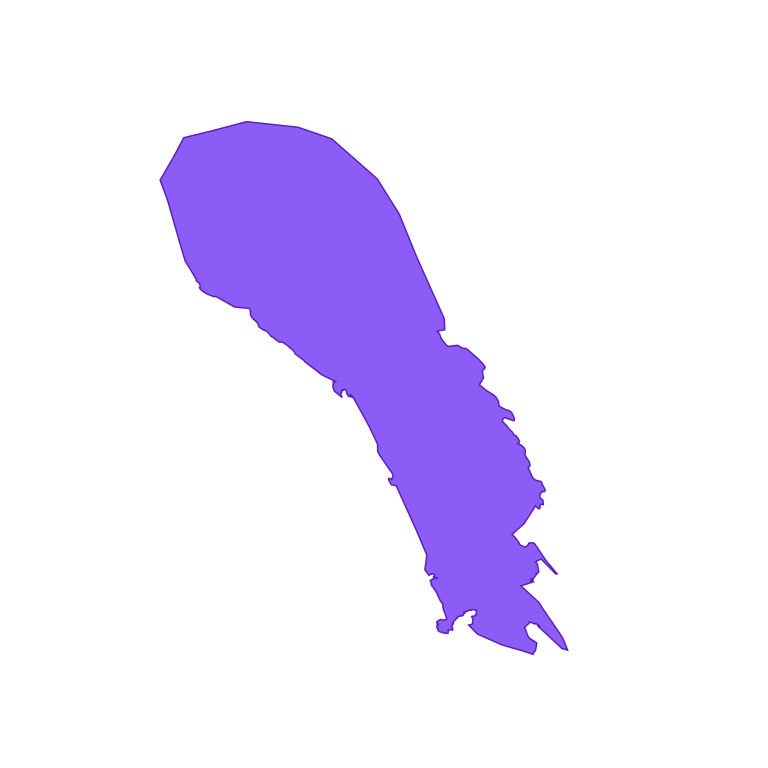 Målselv nor, Troms, Norway, rotated 220°
{"feature_id": "86288312B50158709887361", "entity_name": "Målselv nor", "entity_type": "district", "adm_level": 2, "iso_a3": "NOR", "parent_name": "Norway", "parent_adm1": "Troms", "projection": "robinson", "projection_center": [18.576, 68.958], "detail": "fine", "context": "isolated", "style": "filled", "palette": "violet", "viewbox_px": 768, "rotation_deg": 220, "n_neighbors": 0, "source": "geoboundaries", "source_scale": "gbopen_adm2", "svg_char_len": 6113}
<svg xmlns="http://www.w3.org/2000/svg" viewBox="0 0 768 768"><g transform="rotate(220 384 384)"><path d="M100.7,283.9L103.8,283.3L104.2,283.5L104.6,283.2L105.0,283.2L104.9,283.0L105.1,282.9L106.9,283.1L107.3,283.0L107.2,282.9L108.5,282.6L109.4,283.0L110.5,283.0L112.0,283.6L119.8,287.9L119.1,294.7L119.6,295.0L117.7,296.0L115.1,296.7L115.1,296.9L114.3,297.4L113.5,297.7L113.5,297.9L113.4,298.0L113.6,298.3L112.3,298.4L111.8,298.6L111.5,298.5L110.0,298.7L110.2,298.3L111.0,297.9L109.6,297.3L109.0,297.3L109.1,297.5L108.9,297.6L109.1,297.7L108.9,297.8L109.7,298.0L109.2,298.4L108.6,297.9L108.0,297.9L108.6,297.6L107.7,297.6L106.9,297.3L77.7,295.8L72.3,298.1L73.8,299.0L81.1,302.9L83.1,303.9L88.0,305.6L117.0,313.7L124.9,316.2L149.3,317.4L144.5,325.1L144.3,325.8L143.2,326.7L143.4,326.9L144.4,327.0L145.2,327.6L144.0,327.7L143.8,327.8L144.1,328.1L142.6,328.6L144.3,329.2L143.7,329.3L144.9,329.4L145.4,329.7L143.6,330.3L144.2,330.4L144.5,330.8L144.8,336.3L144.9,336.6L145.4,336.8L145.0,337.0L145.1,337.3L144.8,337.7L144.9,337.8L144.7,338.5L144.9,339.0L144.6,339.4L144.9,339.6L145.0,339.9L150.7,344.6L153.6,345.2L151.2,350.9L130.0,348.9L129.4,349.8L146.8,353.0L166.0,358.5L168.4,357.9L169.0,356.7L170.7,355.6L170.2,352.1L171.1,350.1L171.9,349.4L172.7,349.1L176.8,348.1L179.6,349.6L185.6,350.8L189.2,351.1L186.9,367.0L189.6,387.9L186.5,387.8L185.2,387.9L185.0,388.1L184.8,388.5L184.9,389.4L186.6,391.7L186.6,392.2L186.0,393.1L184.4,394.0L184.7,394.5L187.8,397.2L191.6,397.2L193.0,399.0L193.5,400.1L194.0,400.9L193.5,401.6L193.4,402.2L193.9,403.5L192.3,404.3L192.0,404.6L191.9,405.3L192.4,406.4L196.5,408.2L198.7,408.9L198.9,409.3L199.9,410.0L200.8,410.2L201.8,410.0L204.2,408.6L206.9,407.6L208.6,407.6L211.0,408.3L220.3,412.9L219.8,413.8L219.6,414.9L219.7,415.4L220.5,416.3L223.4,418.0L228.1,419.4L230.0,420.1L231.0,421.0L231.8,422.4L232.6,423.3L233.6,424.3L235.1,425.0L237.0,425.3L239.2,425.3L240.1,425.2L244.2,423.7L242.8,425.3L242.8,426.3L243.0,426.8L245.4,428.2L249.0,429.1L249.8,429.2L251.9,428.6L252.7,428.7L253.9,429.5L254.7,429.6L258.9,429.9L262.0,430.7L268.9,431.4L269.5,431.7L269.9,432.2L270.2,433.3L270.3,435.1L269.8,435.9L261.5,439.0L261.0,439.5L260.8,440.0L261.2,440.5L262.6,441.7L267.0,443.9L267.9,444.2L270.0,444.2L271.1,444.0L274.7,442.5L279.0,441.5L281.8,441.2L285.1,444.1L286.7,444.9L290.4,446.0L293.3,446.0L302.1,444.8L310.3,444.8L310.7,445.8L310.6,446.1L310.9,447.1L311.0,448.5L311.4,450.2L311.6,452.3L311.5,452.7L314.0,454.4L314.3,454.8L316.8,456.9L317.0,457.4L316.9,459.6L317.1,460.5L317.0,461.5L317.4,461.9L319.6,462.6L321.7,463.1L328.2,463.8L342.4,464.1L344.2,463.8L346.9,461.9L351.4,461.2L352.7,460.8L358.6,454.4L359.9,453.9L362.6,454.1L368.1,455.3L370.8,456.3L373.4,457.9L375.1,458.5L377.3,458.7L372.4,464.5L375.1,467.8L380.0,472.9L442.4,503.2L481.4,523.9L521.1,536.8L581.6,538.2L614.7,525.5L657.9,496.6L678.1,467.9L695.7,444.0L691.3,423.5L686.5,396.2L673.8,389.1L666.5,384.7L628.8,359.3L614.8,350.1L610.4,348.8L595.8,343.8L594.1,342.4L590.0,342.4L587.7,340.9L587.3,340.2L587.3,339.7L587.4,339.3L586.3,338.8L583.9,338.4L578.3,339.0L574.3,340.2L570.5,341.6L568.9,342.9L568.4,343.1L547.8,347.0L545.8,348.6L544.3,349.4L536.6,354.8L535.9,355.0L535.0,355.0L533.5,354.4L531.7,352.1L530.4,351.0L529.8,350.8L526.8,349.8L522.9,349.7L519.9,349.3L518.6,348.8L517.4,347.6L514.9,347.4L511.5,347.8L510.0,348.2L508.1,349.0L504.4,348.7L501.4,347.9L500.5,348.0L498.2,348.6L495.6,348.4L491.6,348.7L490.7,349.1L489.6,350.2L488.6,350.7L487.0,351.1L483.5,351.4L481.4,351.5L479.8,351.2L477.3,351.4L474.6,351.2L473.0,350.8L471.9,350.2L471.0,350.1L459.6,350.6L458.9,350.2L437.2,351.1L422.8,354.8L423.3,353.8L424.2,353.1L424.2,352.8L423.3,352.1L423.0,351.3L421.6,349.2L417.4,346.6L407.3,346.8L408.3,347.3L408.5,347.5L409.9,347.7L410.1,348.0L410.2,348.3L410.6,348.5L411.4,349.6L411.0,350.0L411.1,350.6L411.3,351.2L411.9,351.5L412.4,352.1L412.4,352.5L411.1,353.1L411.0,353.7L411.1,354.1L410.4,354.6L409.5,354.7L408.1,354.4L407.5,354.0L407.4,353.5L407.1,353.1L405.7,352.5L404.7,352.5L403.9,351.9L403.4,351.9L401.8,352.4L402.1,353.1L403.0,354.0L402.9,354.2L402.1,354.5L401.2,354.4L401.1,354.1L401.2,353.3L400.5,353.2L399.8,353.4L400.3,353.9L400.2,354.0L399.3,354.1L368.9,342.3L350.4,333.9L345.5,328.3L341.8,326.7L318.8,320.4L318.1,319.8L317.0,316.1L316.8,315.9L319.6,314.9L319.1,313.7L313.8,311.5L309.2,313.9L266.5,293.4L241.2,280.5L233.3,268.0L226.5,266.3L226.0,268.2L225.3,269.0L225.3,269.4L224.9,269.8L222.8,270.2L221.7,269.8L221.8,269.1L222.3,268.3L221.5,267.8L221.1,267.9L220.1,268.5L219.1,269.8L218.8,269.8L218.7,269.4L219.3,268.9L219.1,268.7L219.6,268.6L220.5,268.0L220.7,267.7L220.6,267.1L221.3,266.6L221.2,266.0L221.9,264.7L222.0,263.5L222.2,263.1L221.7,262.7L220.6,262.3L218.5,260.9L218.5,260.4L217.7,260.1L215.3,259.9L214.1,259.2L212.1,258.9L210.2,258.0L208.9,257.8L207.3,256.8L202.4,254.5L197.3,253.0L195.3,250.9L193.7,249.6L186.8,245.6L185.2,244.9L185.1,244.4L184.7,243.8L185.5,243.2L185.3,242.9L186.0,242.4L185.9,242.0L186.9,241.2L189.1,240.2L189.4,239.8L189.6,239.0L190.3,238.0L190.5,237.4L190.3,236.7L190.5,235.3L189.8,234.9L188.2,235.1L187.7,234.4L188.5,234.0L188.4,233.1L187.0,231.7L187.0,231.4L186.5,231.3L186.2,231.5L185.4,231.5L185.3,230.8L184.6,230.5L184.3,230.0L183.4,229.8L182.0,230.0L176.9,232.3L176.7,232.8L176.1,233.1L175.8,233.6L174.7,234.0L175.8,236.0L176.7,236.6L175.7,237.5L175.4,238.0L174.6,238.8L173.2,239.7L174.6,241.1L176.1,241.7L176.0,242.3L177.3,243.2L177.4,243.8L177.0,244.2L177.0,244.6L176.6,244.9L177.3,245.6L177.9,245.8L178.1,247.4L177.9,247.7L177.8,248.2L177.8,249.4L178.0,250.2L177.5,251.1L177.8,251.5L177.4,252.0L177.5,252.2L177.4,252.7L177.7,252.9L177.6,253.7L174.8,257.1L174.7,257.8L175.0,258.2L174.9,258.7L175.2,259.2L175.2,259.6L175.6,260.3L175.2,260.2L174.7,260.8L175.1,261.6L175.1,262.5L174.1,263.4L173.4,265.5L171.5,266.8L171.7,267.7L168.8,269.5L168.1,270.2L165.6,267.3L165.2,265.9L165.7,265.5L165.4,264.2L167.3,262.7L167.4,262.3L163.9,260.4L163.6,259.1L162.3,257.8L162.0,257.2L163.2,255.1L163.4,254.2L164.9,253.8L151.6,252.5L125.5,260.1L105.0,269.2L96.1,272.7L96.5,273.1L96.7,277.2L99.1,281.6L100.7,283.9Z" fill="#8b5cf6" stroke="#5b21b6" stroke-width="1.5"/></g></svg>